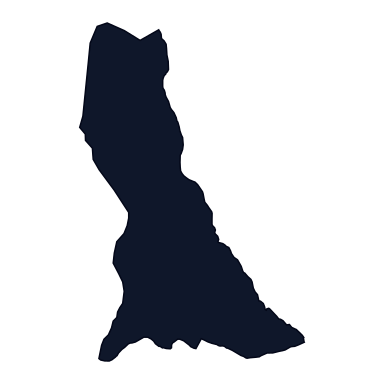 the district of Mayo-Danay, Extrême-Nord, Cameroon
{"feature_id": "32672807B23743986432811", "entity_name": "Mayo-Danay", "entity_type": "district", "adm_level": 2, "iso_a3": "CMR", "parent_name": "Cameroon", "parent_adm1": "Extrême-Nord", "projection": "equal_earth", "projection_center": [15.187, 10.47], "detail": "fine", "context": "isolated", "style": "filled", "palette": "ink", "viewbox_px": 384, "rotation_deg": 0, "n_neighbors": 0, "source": "geoboundaries", "source_scale": "gbopen_adm2", "svg_char_len": 2765}
<svg xmlns="http://www.w3.org/2000/svg" viewBox="0 0 384 384"><path d="M79.7,127.4L85.3,134.1L85.5,140.4L92.4,148.2L93.2,159.4L99.2,169.8L109.1,183.2L114.2,190.1L128.7,212.4L128.7,215.3L128.7,218.1L127.2,225.7L124.0,233.6L116.8,241.7L114.3,253.1L113.2,263.1L118.8,273.8L122.7,281.9L124.2,291.3L122.7,303.4L119.8,307.7L117.6,312.0L116.8,317.5L113.2,321.1L111.5,328.0L108.4,334.9L104.0,339.2L101.6,345.3L98.9,358.6L100.7,360.0L104.7,360.9L109.3,361.0L110.3,360.5L111.9,359.8L115.4,357.1L116.4,356.0L117.0,355.7L118.5,353.0L121.9,349.4L124.6,347.4L128.4,343.8L130.5,343.0L131.8,343.0L135.4,342.0L143.1,337.6L143.7,337.2L145.6,337.2L147.0,337.2L147.7,337.2L148.5,337.6L151.2,339.0L153.7,341.1L155.4,343.7L158.8,346.3L160.2,346.4L162.4,347.9L163.4,347.7L166.2,348.5L170.3,348.8L171.5,347.8L171.6,344.7L172.6,342.9L174.2,341.9L177.6,339.2L179.8,339.2L183.7,340.8L189.4,345.2L190.6,346.6L193.9,348.2L195.9,348.6L201.3,338.7L204.8,340.3L207.7,341.8L211.9,343.3L217.1,344.6L218.3,345.5L219.9,346.0L222.6,345.9L222.6,345.7L224.7,346.5L226.5,348.0L227.8,348.2L232.4,350.4L241.0,355.5L243.6,356.4L245.9,357.9L247.1,358.2L250.3,357.7L255.0,357.3L259.3,356.8L260.6,355.9L262.1,355.2L267.1,353.0L272.8,352.9L279.2,351.3L282.7,350.6L285.2,349.9L290.4,346.9L291.6,346.6L294.8,346.3L298.4,344.9L302.8,342.9L304.3,342.2L304.0,341.6L303.4,337.6L303.3,337.1L303.5,337.1L302.3,335.3L296.3,329.5L295.1,329.0L291.7,327.4L289.4,324.5L286.6,324.9L283.0,320.7L280.6,319.3L278.7,318.9L276.7,316.3L274.4,313.9L269.9,309.1L268.8,308.3L266.9,308.8L266.3,310.2L265.2,309.5L264.5,306.5L263.3,303.5L260.5,301.2L258.8,300.7L257.5,294.7L255.1,291.9L253.3,288.1L252.1,282.0L250.9,279.4L247.8,276.6L244.7,273.0L243.7,272.7L242.8,271.2L241.2,266.3L237.5,259.8L234.0,257.4L231.4,253.5L230.6,251.0L229.9,249.6L228.8,247.5L226.3,246.4L224.9,245.0L222.8,243.6L218.3,242.4L218.0,241.2L218.7,239.5L217.7,236.3L215.1,233.7L214.7,232.5L215.4,230.0L214.5,227.6L212.9,226.1L212.0,224.5L212.0,218.9L212.1,213.3L211.7,211.8L208.5,207.2L207.4,205.4L204.8,202.2L204.1,199.1L203.1,193.8L202.5,191.8L197.6,184.6L195.0,182.1L193.6,181.6L189.0,179.7L186.3,177.8L183.7,175.7L182.0,173.5L180.6,170.9L180.2,166.9L180.0,162.4L180.2,155.3L181.2,153.3L182.6,149.4L183.2,144.9L182.6,137.5L181.4,135.1L179.9,130.8L179.1,126.6L177.8,122.1L176.9,120.9L176.2,117.6L173.9,112.6L171.4,109.5L170.2,107.5L168.5,101.5L166.1,97.1L165.2,94.6L165.1,92.9L164.3,90.2L163.0,88.3L162.7,86.4L162.7,80.3L163.2,78.0L164.2,75.6L165.7,74.1L165.9,73.2L167.4,71.7L168.5,69.5L168.2,61.3L166.9,54.9L166.5,48.2L166.1,44.2L164.1,40.9L161.5,38.5L161.1,34.2L160.3,32.3L159.7,31.4L159.3,30.9L158.9,30.3L158.7,29.8L140.1,40.4L124.3,30.6L107.2,23.0L97.2,26.4L90.2,43.1L88.3,62.6L82.9,116.2L79.7,127.4Z" fill="#0f172a" stroke="#020617" stroke-width="1.5"/></svg>